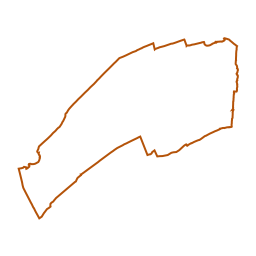 the district of Ruginoasa, Neamt, Romania, rotated 94°
{"feature_id": "2599482B69154403350472", "entity_name": "Ruginoasa", "entity_type": "district", "adm_level": 2, "iso_a3": "ROU", "parent_name": "Romania", "parent_adm1": "Neamt", "projection": "equal_earth", "projection_center": [26.701, 46.98], "detail": "fine", "context": "isolated", "style": "outline", "palette": "amber", "viewbox_px": 256, "rotation_deg": 94, "n_neighbors": 0, "source": "geoboundaries", "source_scale": "gbopen_adm2", "svg_char_len": 5400}
<svg xmlns="http://www.w3.org/2000/svg" viewBox="0 0 256 256"><g transform="rotate(94 128 128)"><path d="M193.8,228.7L194.9,228.3L195.5,228.0L199.0,225.9L206.2,221.5L209.2,219.7L210.7,218.7L213.7,217.0L214.5,216.4L214.7,216.1L215.8,215.6L216.7,215.0L217.3,214.7L218.9,213.7L220.7,212.5L224.3,210.2L222.5,207.9L218.7,205.9L217.4,205.0L214.6,203.2L213.2,201.3L211.8,199.8L210.5,200.1L208.9,200.0L207.6,198.9L207.2,198.2L206.4,197.3L205.5,196.8L204.6,196.1L202.9,194.9L185.4,177.0L185.1,176.4L184.8,176.2L183.6,175.8L182.3,175.3L181.7,175.0L181.1,174.7L180.7,174.2L178.5,171.9L178.3,171.6L177.7,171.8L177.7,171.6L164.2,155.6L162.5,153.8L153.7,143.5L151.9,141.2L150.9,140.1L148.7,137.3L147.5,135.3L145.6,132.1L144.5,130.6L143.7,129.0L143.2,128.1L142.7,127.3L140.3,123.2L137.4,118.1L136.5,116.7L135.7,115.2L153.6,106.7L152.9,105.0L152.6,103.7L151.7,102.7L150.4,102.2L148.5,100.0L154.3,96.8L153.9,94.5L153.6,91.7L152.2,86.5L149.7,83.0L149.1,81.1L148.6,78.1L146.5,75.3L141.7,70.8L140.5,69.2L140.3,68.8L140.3,68.6L140.6,68.4L141.2,68.1L141.6,67.8L141.6,67.6L140.9,66.9L140.0,65.8L138.7,63.8L138.8,63.5L137.4,61.3L136.1,58.8L135.3,57.1L135.1,56.6L134.9,55.8L134.7,55.6L134.2,54.9L133.8,54.4L131.7,51.9L130.9,51.0L130.4,50.1L130.1,49.3L129.7,48.8L127.8,45.8L126.3,43.0L125.0,40.7L124.5,39.5L123.0,36.7L122.8,36.6L122.7,36.3L122.4,36.3L122.4,36.2L122.3,35.8L122.1,35.6L121.9,34.9L121.7,34.2L121.5,33.9L121.3,32.7L121.2,31.9L121.3,31.7L121.1,31.3L121.0,30.8L120.8,30.4L120.5,29.5L120.3,28.6L120.3,28.2L120.2,28.0L120.1,27.3L120.2,27.2L120.0,26.9L120.1,26.5L119.9,25.7L119.8,25.3L119.6,24.7L119.2,24.6L118.8,24.7L117.9,24.9L116.9,24.9L116.3,24.8L114.0,24.9L113.3,24.8L112.9,24.9L112.2,24.8L111.6,24.9L110.6,24.4L108.9,24.5L107.0,24.5L105.7,24.6L105.0,24.6L104.9,24.7L104.5,24.6L104.2,24.6L103.8,24.5L103.6,24.6L103.1,24.6L102.8,24.5L102.9,24.2L102.6,24.1L102.4,24.1L102.3,24.5L102.1,24.8L102.2,25.0L101.7,24.7L100.5,24.5L100.0,24.7L99.7,24.7L96.3,24.8L94.8,24.9L94.3,24.9L93.9,24.7L93.4,24.8L92.8,24.7L91.1,24.8L90.3,24.7L89.8,24.8L87.2,24.8L86.9,24.8L86.5,24.5L86.1,24.5L85.7,24.6L85.5,24.8L84.6,24.9L84.1,24.8L84.1,24.6L84.1,24.1L84.2,22.7L84.0,22.2L83.7,22.1L83.3,22.0L82.4,21.9L82.2,22.0L81.6,22.0L81.2,22.1L80.6,22.1L80.1,22.0L79.8,21.9L79.2,21.8L78.6,22.0L77.7,22.0L77.3,22.2L76.8,22.0L75.2,22.6L74.0,22.7L74.0,22.9L73.9,22.9L73.7,22.6L72.8,22.5L72.7,22.3L71.8,22.5L71.6,22.5L70.6,22.2L69.4,22.0L68.4,22.1L68.1,22.1L67.9,22.2L67.9,22.5L67.6,22.7L67.0,22.9L67.0,23.1L66.6,23.4L66.3,23.5L64.9,22.8L64.5,22.7L63.8,22.7L62.7,22.4L62.4,22.4L61.4,22.7L61.0,23.4L60.5,23.3L59.5,23.4L58.2,23.8L56.8,25.0L56.4,25.1L55.1,25.1L53.9,25.1L53.1,25.1L52.9,24.9L51.8,25.1L47.5,25.2L46.5,25.3L43.6,25.3L42.1,25.1L41.5,25.2L40.6,25.2L39.3,25.1L38.8,25.3L38.6,25.1L37.1,27.4L36.7,28.1L34.4,31.2L34.0,31.9L33.5,32.4L32.9,33.2L32.6,33.7L32.5,34.4L32.3,35.0L32.1,36.1L32.1,36.6L31.9,36.8L31.9,37.4L31.8,37.6L31.7,37.8L31.8,38.3L32.0,38.4L32.1,38.1L32.7,38.1L32.9,38.0L33.4,37.7L33.5,37.7L33.8,37.9L34.2,38.4L34.4,38.6L34.4,38.8L34.6,39.0L34.7,39.3L35.0,39.6L35.2,40.0L35.2,40.3L35.3,40.5L35.2,40.7L35.2,40.9L35.3,41.4L35.3,41.9L35.4,42.2L35.4,42.7L35.6,43.3L35.6,44.2L35.7,44.5L35.9,44.9L35.8,45.2L35.9,45.5L35.9,46.0L36.2,45.9L36.4,45.8L36.7,45.9L36.8,46.3L36.7,46.4L36.7,46.8L36.5,47.1L37.1,47.7L37.5,48.5L37.8,49.2L38.0,49.6L38.1,49.8L38.3,49.9L38.6,50.2L38.7,50.5L39.0,50.9L39.8,52.2L40.2,53.6L40.4,55.0L40.2,55.9L39.8,56.6L39.5,57.0L39.0,57.5L38.5,57.7L37.2,58.0L36.9,58.2L37.1,59.1L37.4,60.2L37.9,61.3L38.1,62.0L38.8,64.2L39.4,66.1L39.9,67.6L40.2,68.9L40.4,69.8L40.6,70.4L41.0,71.2L41.4,72.6L41.5,73.2L41.4,73.8L41.5,74.1L41.7,75.0L41.9,75.2L42.0,75.3L41.5,75.4L38.9,76.6L36.2,77.8L35.9,77.9L35.8,78.0L37.3,81.6L39.4,86.3L40.4,88.7L40.8,89.9L40.8,90.3L41.0,91.1L41.6,92.4L43.8,97.6L44.9,100.9L45.4,102.5L45.7,102.8L46.6,104.9L47.3,106.3L47.8,106.8L41.7,108.7L45.0,115.4L45.9,117.4L47.0,119.4L47.2,119.6L47.5,119.9L47.8,120.8L49.0,122.8L49.6,124.1L50.7,125.5L52.0,128.6L55.7,135.1L57.2,137.9L58.7,141.1L58.9,141.5L59.6,142.1L62.8,144.8L64.7,146.6L65.9,147.6L69.7,150.9L70.4,151.5L70.6,151.7L74.9,155.5L78.8,158.8L80.2,159.9L81.8,161.3L82.6,162.1L83.3,162.5L86.5,165.1L90.0,168.4L92.9,170.8L95.7,173.4L100.0,177.1L102.7,179.6L105.3,181.7L108.2,184.3L108.8,184.7L109.6,185.4L111.0,186.5L112.8,187.9L114.4,188.9L115.6,189.5L116.9,190.1L117.3,190.4L117.8,191.1L118.6,191.4L120.4,191.3L121.5,191.5L121.9,191.7L125.7,193.2L126.4,193.7L128.7,194.6L130.6,195.7L131.5,196.2L132.0,196.6L132.5,197.4L134.2,198.9L135.6,199.9L136.6,200.8L138.1,202.3L139.1,203.1L140.7,204.3L143.7,207.0L145.3,208.5L146.5,209.7L149.2,212.3L150.7,213.7L152.6,215.5L153.0,215.6L153.6,215.7L154.2,215.9L154.9,215.9L155.2,216.0L156.2,216.4L157.5,216.9L157.9,216.9L158.2,216.7L158.6,216.4L158.9,216.1L159.0,215.8L159.1,215.6L159.1,215.4L159.0,215.2L160.0,215.3L160.6,215.1L160.8,215.0L161.1,214.8L161.2,214.7L161.3,214.3L161.4,214.2L161.6,214.2L162.2,214.1L162.3,213.9L162.7,213.8L163.0,214.0L163.4,214.1L163.6,214.1L163.7,213.8L164.3,213.8L165.2,214.1L166.0,214.2L166.3,214.3L167.6,214.8L168.2,215.1L169.2,216.7L169.5,217.1L170.1,218.1L170.5,219.3L170.7,220.3L170.8,221.8L170.5,222.7L170.5,223.3L170.9,224.3L171.7,224.5L172.4,223.7L173.5,223.8L174.2,224.6L175.2,225.5L175.8,226.6L175.1,226.8L174.4,226.4L174.0,229.0L175.0,229.9L175.6,231.6L176.2,234.2L180.1,232.9L189.5,229.9L192.3,229.2L193.8,228.7Z" fill="none" stroke="#b45309" stroke-width="2"/></g></svg>